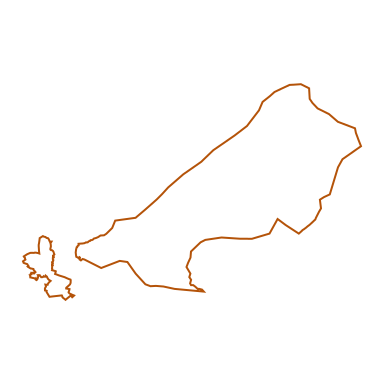 Ilorin East, Kwara, Nigeria
{"feature_id": "59680162B49050440888294", "entity_name": "Ilorin East", "entity_type": "district", "adm_level": 2, "iso_a3": "NGA", "parent_name": "Nigeria", "parent_adm1": "Kwara", "projection": "mercator", "projection_center": [4.629, 8.608], "detail": "fine", "context": "isolated", "style": "outline", "palette": "amber", "viewbox_px": 384, "rotation_deg": 0, "n_neighbors": 0, "source": "geoboundaries", "source_scale": "gbopen_adm2", "svg_char_len": 4207}
<svg xmlns="http://www.w3.org/2000/svg" viewBox="0 0 384 384"><path d="M203.8,291.6L202.0,289.6L198.9,288.8L198.1,289.3L195.3,286.7L193.2,285.1L191.0,285.1L190.1,283.4L191.1,279.8L189.3,277.1L190.4,273.6L186.5,267.0L188.1,262.8L190.5,257.6L191.0,251.5L200.6,242.3L205.3,239.9L221.5,237.5L239.5,238.7L251.9,238.8L269.5,233.6L277.6,219.0L285.6,225.0L298.8,233.6L301.4,231.3L302.1,230.6L302.4,230.2L303.0,229.8L303.7,229.4L306.0,227.7L307.5,226.4L309.5,224.9L313.5,221.2L314.7,220.0L315.2,219.7L315.4,219.3L315.6,218.8L315.8,218.1L319.0,211.8L321.0,208.4L319.9,199.7L324.0,197.1L329.8,194.4L338.0,167.3L342.5,159.2L361.0,146.2L358.3,139.4L357.7,137.7L355.9,132.9L355.0,128.3L337.9,121.8L329.0,114.1L317.6,108.4L312.5,103.0L309.7,98.9L309.1,88.3L300.9,84.2L293.6,84.7L289.6,84.9L281.2,88.8L274.5,92.0L269.8,96.2L262.6,101.9L259.0,110.3L253.8,117.1L250.5,121.4L247.0,126.0L234.6,135.5L213.3,150.2L203.0,160.1L201.4,161.7L189.5,170.0L183.3,174.3L168.2,187.4L162.0,194.2L156.8,199.4L144.9,209.9L137.1,216.5L135.6,217.8L115.2,220.6L112.2,228.0L106.3,233.8L104.0,235.3L100.5,235.5L98.1,237.1L96.0,238.0L93.8,238.6L92.9,239.6L91.8,240.1L90.5,240.2L90.1,240.9L89.2,241.1L88.4,241.6L87.9,242.2L86.9,242.5L86.1,242.3L85.4,242.7L84.4,243.2L82.4,243.5L80.7,243.6L78.5,243.8L78.6,245.4L77.6,246.0L77.2,247.1L76.7,247.2L76.1,249.4L75.7,252.5L76.0,255.1L76.3,256.8L77.4,257.3L78.4,258.0L79.4,257.1L80.0,257.6L79.6,259.5L80.9,260.4L82.6,259.0L84.4,259.5L101.2,268.0L119.7,260.9L127.4,262.0L135.7,273.7L145.4,284.3L150.5,286.2L155.9,285.9L163.4,286.5L174.6,288.9L203.8,291.6ZM35.9,279.7L36.5,280.1L36.8,279.9L37.2,279.3L37.5,278.9L37.7,278.4L38.0,277.3L38.1,276.6L38.2,276.3L38.2,276.0L38.2,275.8L37.9,275.2L38.2,275.2L38.6,275.1L38.9,275.2L39.7,275.2L39.8,275.5L40.0,275.7L40.2,276.0L40.7,276.5L41.2,277.2L41.7,277.2L42.2,277.2L43.1,276.9L43.4,276.5L43.7,276.2L43.8,276.3L44.2,276.7L44.3,276.7L44.5,276.7L45.1,276.7L45.5,276.7L45.7,275.7L46.3,276.2L46.9,276.6L47.5,278.0L47.8,278.5L48.2,279.1L48.9,279.8L50.6,280.9L49.4,282.0L48.8,282.6L48.2,283.4L47.8,284.1L47.6,284.8L45.4,284.6L46.0,286.5L45.1,288.0L44.9,288.8L45.0,290.4L46.0,290.5L46.7,290.8L46.5,291.8L46.8,292.4L48.7,295.5L49.5,296.8L52.9,296.4L61.8,295.4L62.2,296.1L62.4,297.1L62.6,297.2L63.2,298.0L64.5,298.9L65.5,299.8L68.3,297.5L69.5,296.6L70.8,295.4L71.5,296.3L72.2,297.2L73.4,296.2L73.6,296.0L74.1,295.5L73.4,295.2L71.7,294.7L71.6,294.4L69.8,293.7L68.6,292.5L68.7,291.8L68.9,291.2L69.3,290.2L69.5,289.1L66.2,288.5L66.3,287.7L68.5,285.8L70.0,284.4L70.6,282.9L70.7,280.2L70.5,279.6L68.7,279.0L66.4,278.0L64.7,277.2L59.2,275.5L56.6,274.5L55.1,274.0L55.8,271.3L55.1,271.0L52.0,270.2L52.3,269.1L52.0,268.6L52.2,266.3L52.0,265.8L52.0,265.4L52.6,265.6L52.8,265.4L52.6,264.9L52.2,264.1L52.8,263.7L52.9,263.2L52.2,262.9L52.0,262.2L52.7,261.6L53.1,261.1L53.3,260.6L53.3,260.0L52.9,259.8L52.9,258.9L52.8,258.1L52.9,257.6L53.1,257.4L53.8,257.3L53.7,256.2L53.0,256.1L53.0,255.6L53.7,255.2L54.4,254.4L53.9,253.3L53.6,252.1L53.0,251.0L51.8,250.1L51.0,250.1L50.6,249.8L50.3,249.1L50.9,246.4L50.8,245.1L50.7,244.2L50.4,243.0L51.1,242.3L51.5,241.6L49.8,241.6L49.6,241.2L48.8,239.3L48.0,238.2L46.5,237.9L45.5,237.0L44.0,236.7L42.9,236.1L39.7,238.1L39.4,240.6L39.0,243.3L38.7,244.8L38.7,246.2L38.8,247.7L38.9,249.1L39.0,250.9L39.3,253.5L38.2,253.1L37.1,252.9L36.2,252.7L34.9,252.6L34.0,252.9L33.1,252.9L32.2,252.8L30.2,252.9L27.2,254.2L23.8,256.4L24.4,257.4L24.8,257.6L25.0,258.0L25.1,258.9L25.4,259.6L23.0,261.3L23.4,262.2L23.5,262.7L24.1,263.1L24.8,263.3L25.6,263.6L26.6,263.9L27.0,264.0L27.4,264.3L27.8,265.1L28.6,266.2L28.5,266.4L27.8,266.7L28.0,266.9L29.1,267.5L29.8,268.0L30.7,268.5L30.9,268.5L31.3,268.5L32.4,268.8L32.9,268.9L33.4,269.0L33.5,269.6L33.8,270.1L34.2,270.6L34.5,270.9L35.0,271.5L35.3,271.8L35.5,272.1L35.2,272.4L34.6,272.9L34.2,273.3L34.0,273.5L33.8,273.3L33.6,272.7L33.1,272.8L32.5,272.8L32.0,272.8L31.9,272.8L31.5,272.8L31.6,273.1L31.6,273.5L31.6,273.8L31.6,274.0L30.7,273.9L30.5,274.2L30.3,274.8L30.3,275.0L30.3,275.3L30.0,275.3L30.1,275.5L30.3,275.5L30.2,275.8L30.2,276.2L30.2,276.5L30.2,276.9L30.3,277.4L30.7,277.4L32.1,277.8L33.6,278.1L34.2,278.2L34.7,278.6L35.4,278.9L35.8,278.4L36.0,279.0L35.9,279.7Z" fill="none" stroke="#b45309" stroke-width="2"/></svg>